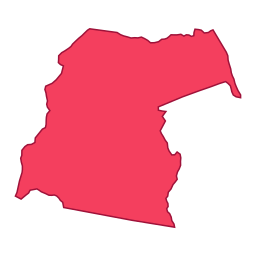 Ibicuitinga, Ceará, Brazil
{"feature_id": "56859067B26407679214114", "entity_name": "Ibicuitinga", "entity_type": "district", "adm_level": 2, "iso_a3": "BRA", "parent_name": "Brazil", "parent_adm1": "Ceará", "projection": "natural_earth1", "projection_center": [-38.546, -4.981], "detail": "fine", "context": "isolated", "style": "filled", "palette": "rose", "viewbox_px": 256, "rotation_deg": 0, "n_neighbors": 0, "source": "geoboundaries", "source_scale": "gbopen_adm2", "svg_char_len": 2009}
<svg xmlns="http://www.w3.org/2000/svg" viewBox="0 0 256 256"><path d="M63.7,207.5L132.1,220.3L135.2,220.8L174.6,227.2L174.0,224.1L171.8,220.6L171.2,217.1L169.6,213.6L167.5,211.7L166.7,208.7L168.1,206.5L167.9,203.4L166.7,201.2L165.9,198.4L167.7,196.2L168.3,192.2L171.0,189.0L173.0,184.6L175.2,182.0L177.2,179.3L176.4,175.9L177.5,171.9L179.2,168.9L180.6,165.3L180.5,161.4L180.8,157.9L180.1,154.2L177.1,152.0L174.7,154.8L171.8,154.9L169.1,151.0L167.8,147.9L167.3,143.0L165.2,140.2L163.4,136.8L161.4,133.6L160.2,130.8L165.4,121.0L162.3,116.4L165.9,111.5L162.0,111.0L158.4,110.2L158.3,106.9L182.6,96.8L199.6,90.6L210.6,86.8L219.5,83.5L225.6,81.6L227.8,83.2L230.3,85.7L231.2,88.9L231.8,91.7L233.3,95.0L236.1,96.8L240.6,97.7L240.6,94.9L238.0,90.6L236.2,86.6L234.9,83.3L233.9,79.1L232.4,76.0L231.3,72.8L230.7,68.9L229.1,63.8L228.1,60.2L227.8,55.8L226.3,52.2L213.0,29.9L210.7,30.8L208.4,32.5L204.3,33.0L201.3,30.2L198.7,29.6L195.0,29.2L194.0,32.6L193.8,35.7L191.3,36.4L188.9,35.0L186.3,34.8L183.9,36.1L180.9,34.3L176.9,34.9L174.0,34.9L171.0,34.8L169.1,36.6L166.9,38.3L164.5,39.1L161.7,39.3L158.6,41.7L154.4,42.7L150.5,42.8L147.7,40.4L144.6,38.6L141.4,37.1L137.9,37.9L134.8,37.7L131.0,38.0L127.8,37.0L123.6,35.9L120.4,34.6L117.1,32.5L89.7,28.8L87.5,30.2L84.3,33.3L82.0,35.6L78.7,38.3L75.5,41.3L72.6,44.1L71.0,46.5L68.1,48.7L64.8,50.9L61.7,52.7L58.7,55.7L58.6,59.8L58.4,62.6L60.4,64.5L63.4,65.9L61.5,73.4L58.7,76.8L56.3,79.7L52.2,83.3L45.7,86.2L44.9,89.5L46.0,93.0L46.5,96.4L47.5,100.9L46.7,104.2L47.4,107.1L49.9,110.6L47.1,113.9L46.4,117.1L46.2,120.3L46.1,124.5L45.4,127.6L42.4,129.1L38.2,134.3L35.3,137.9L34.9,142.5L31.4,144.4L27.6,144.7L24.9,146.6L21.9,150.3L21.8,155.4L20.7,158.2L21.3,162.0L22.4,165.9L22.4,169.5L22.1,172.4L19.5,180.9L17.0,192.4L15.4,196.1L21.1,199.1L23.5,197.1L25.9,195.1L28.6,193.0L30.1,190.2L33.9,189.5L36.9,188.9L39.1,190.2L41.3,191.8L45.4,193.5L48.9,195.2L51.7,195.3L54.3,195.0L56.6,195.9L58.8,198.0L60.4,200.4L62.7,202.3L63.7,207.5Z" fill="#f43f5e" stroke="#9f1239" stroke-width="1.5"/></svg>